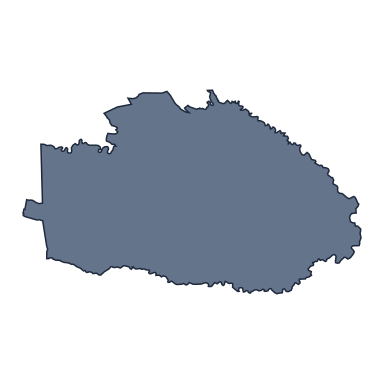 outline of Carrillo Puerto, Veracruz, Mexico
{"feature_id": "50627088B27800936058187", "entity_name": "Carrillo Puerto", "entity_type": "district", "adm_level": 2, "iso_a3": "MEX", "parent_name": "Mexico", "parent_adm1": "Veracruz", "projection": "albers", "projection_center": [-96.59, 18.822], "detail": "fine", "context": "isolated", "style": "filled", "palette": "slate", "viewbox_px": 384, "rotation_deg": 0, "n_neighbors": 0, "source": "geoboundaries", "source_scale": "gbopen_adm2", "svg_char_len": 6018}
<svg xmlns="http://www.w3.org/2000/svg" viewBox="0 0 384 384"><path d="M270.2,127.3L268.7,124.7L268.0,124.1L267.4,125.2L265.3,125.6L264.4,122.9L262.9,121.8L260.2,120.7L258.0,120.7L257.7,119.0L258.1,117.1L257.0,116.5L252.7,117.0L249.8,115.7L249.3,115.3L249.9,114.5L251.6,113.6L251.6,113.3L248.9,113.6L248.9,112.0L248.0,110.8L245.7,109.1L242.3,110.3L240.5,110.1L240.6,109.2L242.8,108.0L243.0,106.7L241.9,106.0L240.6,106.1L239.1,105.5L238.6,104.2L239.1,101.5L238.4,101.2L237.4,103.5L235.9,103.3L235.4,101.3L234.3,101.7L234.1,102.6L232.1,101.4L231.7,102.9L230.7,103.5L227.4,100.4L224.5,103.4L223.0,103.6L219.7,102.6L218.1,101.2L218.4,100.5L217.5,99.8L217.4,98.9L216.6,98.1L216.0,95.9L215.2,95.3L213.5,92.8L212.5,90.2L207.4,90.4L207.9,91.3L210.4,92.5L210.4,94.0L209.6,96.9L211.2,101.5L213.1,103.5L213.3,105.0L212.2,105.4L210.8,104.9L210.4,103.0L208.9,101.2L207.1,102.2L207.4,103.1L208.7,104.6L208.0,106.7L206.8,107.3L206.3,109.0L205.2,109.3L203.9,109.2L202.6,108.4L201.3,108.8L199.6,108.1L199.0,108.8L198.0,108.6L196.7,109.3L189.8,106.9L187.9,105.4L184.6,108.1L185.5,109.5L189.0,112.6L185.7,112.0L180.7,109.2L179.1,106.9L176.1,104.5L174.6,102.6L170.3,95.3L166.9,91.4L162.0,93.1L143.0,92.9L139.1,94.4L138.3,96.0L135.8,98.0L132.6,98.7L128.0,98.2L131.4,104.3L117.4,107.0L104.1,113.3L106.7,116.6L107.1,117.8L109.2,119.6L110.2,123.3L111.2,124.4L111.7,125.5L115.2,126.4L117.3,127.8L117.2,128.7L115.8,129.8L117.7,131.9L116.5,133.7L112.8,134.0L107.9,133.4L106.8,136.3L106.2,139.9L106.6,141.1L109.9,142.4L112.1,144.4L114.1,144.1L115.9,146.0L114.1,146.2L113.7,146.7L112.7,150.4L111.7,151.2L110.7,153.2L109.4,153.8L107.6,153.1L107.5,151.4L108.6,149.0L108.2,147.5L107.4,146.6L104.7,146.8L102.7,148.1L101.7,149.9L101.7,150.8L100.7,152.2L99.3,152.3L98.4,151.7L98.5,150.3L99.0,149.4L100.6,149.6L100.1,146.9L99.2,146.2L98.2,145.5L96.0,145.2L89.3,145.2L87.4,144.3L86.2,142.7L85.2,142.5L83.1,143.6L82.3,143.3L81.8,141.5L82.0,140.4L81.3,139.4L80.4,139.5L79.3,140.5L79.1,143.2L78.5,144.5L77.3,145.1L75.2,143.6L72.8,145.4L71.4,147.8L71.7,151.0L71.4,152.5L69.9,153.1L67.8,152.8L67.4,151.2L67.7,149.1L66.7,147.7L65.9,147.8L63.9,151.1L62.3,151.4L61.1,149.7L62.5,148.5L62.5,147.5L61.5,146.9L59.0,147.3L57.2,148.5L55.2,148.9L54.1,146.9L51.8,145.5L50.2,145.2L47.2,145.6L44.0,144.3L40.9,144.2L42.5,203.2L39.0,203.6L36.4,202.7L32.8,200.4L30.4,200.0L29.1,200.3L26.7,199.7L24.9,209.3L24.0,209.1L23.0,213.3L23.7,213.7L23.2,215.5L25.1,216.6L36.8,220.0L39.7,219.8L42.7,220.8L46.6,245.6L47.7,249.4L46.8,251.6L46.7,258.7L48.9,258.6L49.3,257.9L51.7,257.9L52.4,258.1L53.2,259.3L54.4,259.4L55.3,260.1L60.2,260.4L60.7,261.1L64.1,262.4L67.1,262.7L69.6,263.3L70.7,264.1L73.7,264.4L76.7,266.7L80.4,268.2L83.5,270.9L85.1,270.6L86.3,272.3L87.6,272.4L89.4,271.7L91.8,272.4L93.0,273.6L96.2,273.2L97.2,273.5L98.6,274.8L100.7,275.1L104.4,271.7L109.3,268.7L110.5,266.9L112.0,266.6L113.2,267.4L115.2,267.5L117.6,266.9L119.4,267.8L120.6,267.9L123.6,265.7L124.9,265.8L129.0,266.8L130.2,268.6L131.4,269.2L132.1,268.3L132.4,266.8L133.3,266.8L133.8,267.9L135.7,269.0L140.7,268.5L141.4,269.3L144.4,268.9L145.7,269.8L149.3,270.2L149.6,270.7L148.7,272.4L149.3,273.6L150.4,273.8L154.7,272.4L155.6,272.6L156.1,273.5L155.9,275.4L159.3,275.2L161.5,276.9L162.5,276.2L164.2,276.0L165.1,276.3L166.1,276.9L168.2,280.2L167.8,282.0L168.7,282.4L169.8,282.2L171.2,281.2L171.9,281.3L175.1,283.8L176.9,284.5L181.8,284.2L183.6,283.5L186.1,285.0L187.8,284.3L189.3,282.6L193.3,284.3L201.0,284.1L205.3,282.7L207.5,283.2L208.4,284.3L208.7,285.6L208.3,286.2L209.0,286.6L211.5,286.4L214.7,282.6L217.3,283.8L219.4,281.9L220.3,281.8L221.4,282.6L221.7,284.2L223.1,285.5L224.2,284.8L225.2,281.4L226.7,282.0L228.3,283.2L229.8,283.5L231.0,283.1L232.7,283.6L232.6,287.3L237.6,291.4L239.1,291.3L238.5,290.0L239.1,288.0L240.4,287.7L241.9,287.8L242.6,288.3L243.4,292.0L244.9,291.7L246.3,290.6L247.9,291.0L248.4,292.4L249.7,293.1L250.7,292.9L250.9,291.7L252.4,291.4L254.6,290.0L256.5,289.7L259.0,290.9L260.8,290.5L263.0,289.2L264.2,289.8L264.2,291.1L265.2,291.4L268.0,290.8L268.9,289.2L270.4,288.5L271.3,288.9L271.8,290.0L274.8,292.7L277.1,293.8L278.4,293.2L282.3,292.8L282.7,289.4L284.2,288.8L285.0,289.3L285.6,290.8L286.7,291.6L288.8,291.5L291.1,290.3L292.1,288.2L292.1,286.9L294.3,284.4L294.7,283.0L295.8,282.9L298.5,284.4L299.8,283.3L300.1,282.0L299.2,280.5L299.3,279.2L305.4,278.9L306.4,277.4L308.7,277.1L311.5,275.3L310.8,273.9L311.3,271.6L308.7,270.4L308.1,269.2L310.5,266.2L313.3,265.4L313.6,264.1L312.8,263.4L312.6,262.5L314.0,262.4L315.0,261.5L317.2,261.4L318.3,259.1L319.2,259.0L320.2,260.4L322.2,259.6L325.4,261.5L326.5,260.8L326.7,259.4L327.5,258.6L328.9,258.3L332.9,254.8L333.8,254.6L335.1,255.1L336.1,256.3L335.4,261.7L335.7,262.7L337.6,263.2L339.3,262.8L340.9,260.4L344.1,257.4L345.6,257.4L347.7,259.0L349.7,258.2L351.1,256.8L353.4,253.8L354.2,251.8L353.7,250.7L351.4,248.2L351.4,247.4L352.0,246.4L353.1,245.8L359.1,245.6L359.7,243.8L359.6,241.5L361.0,238.1L360.1,233.3L360.7,230.2L360.6,228.9L357.6,226.1L355.4,226.1L354.8,223.0L352.3,222.7L350.4,221.5L349.6,217.5L350.3,215.2L351.7,213.5L356.2,213.0L355.8,208.8L358.0,206.3L358.8,204.1L357.8,203.2L356.1,199.2L355.1,197.4L354.4,196.9L353.6,196.5L349.1,198.8L347.1,197.7L342.4,193.7L339.2,193.1L338.1,192.1L337.6,190.6L337.7,187.2L336.9,185.9L333.1,183.8L333.1,181.7L333.7,180.3L332.8,178.1L332.5,177.6L331.5,177.7L329.3,175.9L328.2,175.5L327.7,173.3L329.0,171.3L328.9,170.1L328.1,168.7L325.9,167.8L323.0,167.5L322.3,165.9L321.1,165.2L319.3,165.6L314.9,162.9L315.9,161.4L315.1,160.3L311.6,159.5L308.9,153.9L307.0,152.4L304.4,154.9L303.4,155.1L301.7,154.2L300.6,152.4L299.7,149.7L299.8,148.0L300.9,146.3L300.6,145.2L299.6,144.9L298.5,145.4L297.1,145.3L295.8,144.5L295.5,143.3L294.6,143.0L293.6,143.1L293.5,144.1L292.5,144.6L291.3,144.1L290.0,142.2L288.4,143.7L288.4,141.3L287.1,140.6L288.4,138.3L287.5,136.3L283.5,135.8L285.1,133.1L282.5,132.9L281.1,133.4L280.8,131.4L280.0,130.6L276.7,132.6L275.0,132.5L275.6,129.8L274.5,127.8L273.5,127.1L272.4,127.2L272.1,128.2L270.4,129.1L270.2,127.3Z" fill="#64748b" stroke="#1e293b" stroke-width="1.5"/></svg>